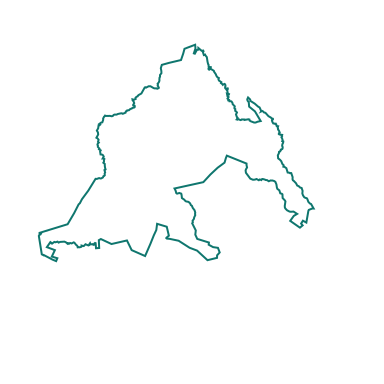 outline of Seke, Mashonaland East, Zimbabwe, rotated 30°
{"feature_id": "62879985B71906244719276", "entity_name": "Seke", "entity_type": "district", "adm_level": 2, "iso_a3": "ZWE", "parent_name": "Zimbabwe", "parent_adm1": "Mashonaland East", "projection": "mercator", "projection_center": [31.007, -18.303], "detail": "fine", "context": "isolated", "style": "outline", "palette": "teal", "viewbox_px": 384, "rotation_deg": 30, "n_neighbors": 0, "source": "geoboundaries", "source_scale": "gbopen_adm2", "svg_char_len": 5946}
<svg xmlns="http://www.w3.org/2000/svg" viewBox="0 0 384 384"><g transform="rotate(30 192 192)"><path d="M100.0,259.4L100.5,269.2L100.4,282.1L80.4,303.6L80.8,304.3L82.0,303.7L82.0,304.5L81.7,304.9L81.3,304.9L81.3,306.6L93.1,321.1L95.2,321.0L95.2,320.7L105.0,320.3L108.9,319.8L108.5,316.7L102.9,318.0L102.3,310.9L93.9,312.3L94.4,306.2L95.5,306.3L96.0,306.8L96.6,306.7L97.7,304.1L98.9,303.8L100.4,302.2L101.8,302.5L102.7,301.2L106.3,298.8L107.9,298.6L109.0,298.8L109.5,298.5L110.1,299.0L110.6,298.2L111.3,298.4L111.9,297.1L113.5,296.7L114.7,294.8L115.5,294.7L118.0,295.7L119.3,295.9L120.0,296.3L120.7,297.1L120.9,297.0L121.3,296.4L122.0,296.3L123.3,295.2L123.6,294.5L123.1,293.6L124.8,293.2L125.3,292.9L125.9,290.5L129.0,290.1L129.6,289.3L129.2,288.7L129.3,287.3L130.2,288.0L130.8,287.8L131.9,286.9L132.7,287.1L133.3,286.9L133.1,285.7L133.5,284.6L134.1,284.5L137.0,288.7L139.6,286.9L135.4,280.3L136.6,278.3L148.3,277.3L159.9,266.5L168.8,272.5L183.4,270.9L181.9,257.7L180.6,248.6L180.1,242.8L177.7,237.0L187.5,234.7L193.8,241.4L192.7,244.5L192.8,244.8L193.6,244.9L195.9,243.8L204.8,240.9L217.8,241.5L225.7,240.2L239.5,243.3L246.6,236.5L245.4,234.3L246.2,230.5L242.4,227.4L237.8,229.2L232.8,229.3L231.9,227.3L220.0,230.0L216.2,227.3L214.5,223.4L207.8,219.0L207.9,217.8L206.9,216.7L207.1,214.2L206.6,213.0L206.4,210.4L205.6,209.5L205.1,208.2L203.3,206.5L200.6,205.4L198.8,204.0L197.5,203.9L196.1,202.8L193.9,202.3L191.6,203.1L190.8,203.1L189.1,202.5L186.3,202.3L184.4,199.7L183.5,198.8L181.5,199.2L179.9,200.9L178.9,200.8L177.1,199.0L175.1,197.7L196.9,177.8L199.2,167.6L202.1,158.1L205.5,150.3L204.4,145.8L204.0,143.1L225.0,140.1L225.9,141.6L227.4,143.2L227.4,145.5L227.7,146.6L229.1,148.4L235.8,151.3L238.7,150.9L240.3,149.8L241.4,148.5L244.0,148.4L244.5,147.2L246.1,147.0L246.2,145.8L246.7,145.4L248.9,144.8L249.8,144.8L250.9,144.2L253.1,144.3L254.4,142.6L255.2,142.3L255.7,141.9L257.6,141.4L259.1,141.5L261.3,143.2L263.2,145.6L264.3,146.6L266.8,146.9L269.1,149.0L270.8,148.6L271.5,148.8L273.5,151.9L276.5,152.8L277.6,153.4L279.3,157.7L280.2,159.0L281.1,159.6L283.4,160.3L286.2,160.2L287.5,159.7L289.7,158.2L294.0,158.4L292.1,161.8L291.5,167.9L303.0,168.9L303.3,168.9L304.5,165.6L302.3,164.8L302.4,161.4L306.3,161.3L302.2,150.1L302.1,149.1L304.4,146.2L305.6,145.5L301.2,142.9L299.8,143.0L297.6,142.3L295.5,140.5L294.5,140.0L293.0,140.4L291.8,140.4L289.8,139.4L288.3,138.1L287.2,135.7L284.9,133.7L283.4,134.1L281.5,133.6L279.9,133.8L277.7,132.4L274.6,131.5L273.5,131.4L272.7,130.7L271.7,128.8L268.5,126.0L268.1,126.1L267.5,126.7L266.5,126.7L265.1,127.3L261.8,124.2L259.6,124.0L258.5,124.4L258.0,123.0L256.2,122.5L253.9,120.7L252.1,120.1L249.8,119.8L248.0,117.3L247.9,115.1L247.3,113.7L248.1,112.7L247.9,112.1L248.1,111.1L247.8,110.8L248.7,109.6L248.5,108.5L247.8,107.5L247.0,107.0L246.4,105.5L246.3,103.8L245.8,102.6L244.7,102.8L244.6,101.8L243.1,100.4L242.2,100.0L242.1,98.6L241.5,98.5L241.4,97.5L238.9,98.5L238.2,98.4L237.9,97.7L238.3,97.1L238.3,96.7L236.5,95.3L235.3,94.9L234.7,93.9L234.0,93.5L233.7,92.0L232.3,92.5L231.2,91.4L230.5,91.5L230.3,91.0L228.1,92.0L226.4,91.0L225.4,90.0L225.3,89.5L225.8,88.7L225.4,88.1L224.1,88.4L223.1,88.1L220.3,88.1L216.0,86.7L214.6,87.1L213.3,86.7L212.3,86.7L211.6,87.7L211.6,87.4L208.3,85.0L206.6,85.0L202.1,84.1L197.0,83.9L196.1,82.8L193.3,82.1L193.5,84.1L194.4,85.1L196.3,85.9L198.8,89.5L206.2,90.7L216.0,96.2L213.6,98.4L212.4,100.0L211.1,100.8L207.3,101.4L206.1,101.3L205.5,100.5L204.5,100.8L201.5,103.3L201.2,103.0L198.8,104.3L198.7,104.8L198.0,105.5L195.7,105.7L195.3,106.6L194.9,106.7L195.1,106.3L194.2,105.6L194.3,104.9L193.2,104.5L191.3,102.8L191.2,100.7L190.4,100.3L188.8,100.1L188.0,98.5L187.1,98.4L186.7,98.1L186.2,96.4L183.3,95.6L182.6,94.7L181.1,93.9L180.4,93.9L179.0,94.7L178.3,93.8L177.5,94.4L177.0,93.6L176.1,93.4L176.3,91.8L176.1,91.4L175.0,91.5L174.5,90.5L174.1,90.5L173.5,89.8L174.5,89.9L175.2,89.3L175.1,88.7L173.6,88.7L172.0,86.7L171.4,86.5L171.6,85.2L171.2,84.4L170.9,84.5L170.6,85.4L169.8,85.8L168.9,85.5L168.6,84.7L168.2,84.6L168.0,83.4L166.9,82.2L166.0,82.2L165.5,83.1L164.9,83.4L164.9,83.7L163.9,83.3L162.6,83.2L162.5,82.2L159.6,82.0L158.5,81.1L158.3,79.9L156.6,79.9L154.9,79.1L153.9,78.2L151.0,76.8L150.3,76.1L146.9,76.0L146.2,76.5L145.7,77.5L145.0,77.4L144.6,77.0L144.6,76.6L146.1,75.1L145.9,74.5L143.8,75.2L142.6,73.4L142.0,73.2L140.3,71.4L137.4,67.8L135.1,66.9L134.7,66.5L133.8,67.5L131.3,65.2L131.6,64.4L131.0,63.9L129.8,64.9L125.5,64.1L126.3,65.6L125.2,66.6L125.3,70.8L124.3,71.0L123.2,65.9L121.1,62.9L113.9,71.7L115.2,76.6L116.5,83.2L107.6,91.6L102.3,97.0L103.1,100.4L105.0,102.6L106.1,104.4L105.8,106.7L106.7,108.2L106.7,109.2L107.4,110.7L108.2,112.0L108.4,113.7L108.1,115.5L109.0,116.3L109.1,117.1L111.0,118.1L111.2,118.7L110.2,120.0L109.2,120.1L108.0,120.9L106.9,121.2L103.2,121.2L101.6,122.1L100.0,124.6L99.2,124.6L98.8,125.1L98.9,132.0L97.3,134.7L97.0,135.6L97.1,136.3L96.3,137.4L96.0,138.8L96.7,139.6L95.6,141.1L94.1,141.5L94.7,142.3L96.0,142.7L97.5,143.9L97.5,146.1L97.8,146.4L99.2,146.0L99.9,146.9L99.8,147.6L98.3,149.1L98.1,149.9L97.1,150.9L96.5,152.7L95.0,153.8L95.0,154.6L94.4,155.3L94.8,156.5L93.1,158.7L92.9,158.9L91.9,158.9L90.9,159.6L88.8,161.5L88.0,162.7L86.1,163.8L85.6,164.5L85.4,165.7L84.7,166.5L82.9,167.1L79.4,169.2L78.5,169.3L78.5,170.1L78.2,170.7L78.3,172.8L79.0,173.9L79.5,176.5L78.5,177.5L77.7,179.4L78.8,179.6L78.3,180.9L77.8,181.1L78.9,183.8L78.9,186.4L80.7,187.4L82.0,189.1L82.1,192.8L83.4,192.8L85.0,193.5L85.5,195.5L86.6,195.8L86.2,197.2L86.5,198.4L87.2,198.7L87.9,200.0L90.1,200.7L90.1,201.5L92.1,201.6L92.1,202.8L94.0,205.2L95.4,204.6L96.4,204.6L97.8,205.4L97.9,207.7L99.0,207.1L99.6,207.2L99.9,208.6L100.6,209.7L100.6,211.0L102.4,211.3L103.5,213.1L105.3,215.3L105.8,215.5L105.8,216.0L105.2,216.7L105.3,216.9L107.0,218.5L107.1,219.7L108.1,221.1L107.9,222.0L107.4,222.5L107.6,223.9L106.6,225.6L105.9,226.1L104.6,226.4L103.0,228.3L101.9,228.8L101.5,242.7L100.3,253.3L100.5,257.8L100.0,259.4Z" fill="none" stroke="#0f766e" stroke-width="2"/></g></svg>